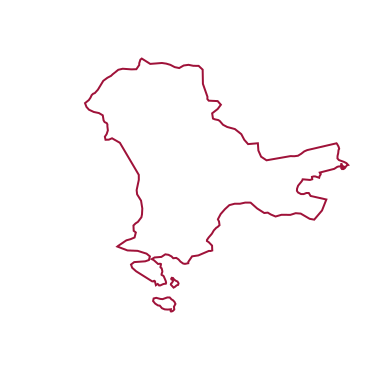 an SVG outline of Balikesir, rotated 203°
{"feature_id": "TUR-2238", "entity_name": "Balikesir", "entity_type": "Province", "adm_level": 1, "iso_a3": "TUR", "parent_name": "Turkey", "parent_adm1": "", "projection": "mercator", "projection_center": [27.651, 39.857], "detail": "fine", "context": "isolated", "style": "outline", "palette": "rose", "viewbox_px": 384, "rotation_deg": 203, "n_neighbors": 0, "source": "natural_earth", "source_scale": "10m", "svg_char_len": 3491}
<svg xmlns="http://www.w3.org/2000/svg" viewBox="0 0 384 384"><g transform="rotate(203 192 192)"><path d="M167.6,125.0L170.4,123.1L172.2,122.7L175.4,123.4L178.1,124.7L180.7,125.2L183.4,123.7L185.7,124.7L189.1,125.0L192.2,124.2L194.8,120.3L200.9,117.1L202.8,114.5L200.7,114.4L195.1,112.5L193.4,113.5L192.4,113.5L192.0,112.0L191.7,110.5L191.1,110.1L190.3,110.0L189.7,109.4L188.9,108.2L188.4,107.6L188.1,106.8L188.0,104.9L187.7,103.9L186.9,103.7L185.8,103.7L185.0,103.3L181.3,99.7L180.3,98.2L180.3,97.3L181.6,96.7L182.7,95.8L184.6,93.7L185.8,93.1L186.8,93.7L187.7,93.9L188.8,92.1L191.0,94.9L191.1,95.3L192.1,95.5L192.5,95.1L192.8,94.5L193.9,94.2L212.5,97.2L217.5,98.9L219.8,101.4L217.8,104.9L208.0,109.9L205.1,112.5L205.6,116.3L209.7,117.5L219.0,116.6L228.6,113.0L239.4,112.6L238.9,113.6L233.5,121.9L230.1,124.6L227.1,127.7L227.9,132.8L230.5,133.5L232.8,138.3L231.7,141.0L230.1,143.4L228.7,149.0L229.3,151.9L231.3,157.4L235.5,164.1L241.6,168.4L243.7,172.1L245.7,182.4L247.7,187.0L277.6,209.1L286.6,210.2L289.0,207.7L292.0,206.3L293.8,208.8L293.2,211.8L293.5,215.8L295.6,219.5L296.3,221.2L297.5,222.1L299.7,222.2L301.3,223.3L304.1,227.7L308.5,228.3L313.7,227.3L319.0,227.5L322.4,229.1L325.2,232.0L322.9,236.3L322.3,239.2L322.2,242.0L321.4,243.8L320.1,245.1L318.6,249.4L317.1,259.7L314.5,264.1L311.9,267.3L311.0,269.4L307.6,275.7L303.9,278.4L295.7,281.2L291.2,283.3L290.2,288.3L290.9,290.0L291.2,293.7L290.4,295.2L280.5,293.6L270.1,299.0L265.9,300.1L261.6,300.6L256.7,300.2L252.2,301.1L249.1,305.2L244.9,307.7L240.0,308.7L235.2,310.7L230.0,308.8L224.2,295.8L215.0,285.7L214.2,283.6L212.3,282.6L203.9,285.7L199.5,283.6L200.8,278.4L204.2,272.3L201.4,267.8L199.5,267.8L195.9,268.5L194.2,268.2L189.7,266.0L185.0,265.6L177.1,266.7L169.2,264.5L164.3,260.5L159.1,258.0L150.4,262.6L147.1,256.1L142.2,251.5L135.8,250.3L115.4,263.5L111.8,264.9L108.6,266.8L106.4,269.9L104.5,273.3L102.3,275.6L78.0,293.3L77.1,292.8L74.9,291.1L73.4,289.3L73.5,287.8L72.6,284.9L72.1,282.0L71.2,279.7L69.2,278.8L63.8,279.1L61.1,278.9L58.8,277.9L60.0,276.8L60.6,273.8L61.5,272.3L62.9,271.7L64.0,272.4L63.9,273.4L61.8,273.8L61.8,274.7L63.1,274.7L64.1,275.1L65.0,275.9L65.8,276.8L65.1,274.6L65.7,273.4L67.0,272.8L68.1,271.9L70.1,268.9L82.0,259.8L81.0,258.9L80.5,258.8L80.5,257.9L80.7,256.9L80.7,256.0L80.5,254.8L84.6,254.5L86.1,253.9L87.5,252.8L86.3,250.7L88.1,249.2L94.6,247.1L95.1,246.9L95.0,246.3L95.2,244.8L96.8,239.3L96.6,236.1L95.9,234.1L94.2,233.0L90.9,232.7L88.3,233.8L86.3,235.8L84.1,236.7L81.3,234.7L65.4,237.6L65.1,225.8L68.7,214.3L73.2,213.3L83.5,214.6L88.3,213.0L92.5,209.4L100.7,206.0L105.5,202.1L110.7,202.1L114.2,202.6L117.3,200.9L125.6,202.3L133.9,205.1L138.8,203.1L143.3,199.9L148.1,197.9L152.5,194.5L155.0,189.0L157.0,182.9L157.5,177.0L155.6,175.4L153.7,172.2L154.8,169.7L155.6,168.7L156.9,165.2L157.4,161.3L158.9,156.6L159.5,153.7L159.1,152.7L157.1,152.4L152.6,150.5L150.5,146.1L151.8,145.0L153.5,144.3L161.4,136.1L166.8,132.8L168.1,126.3L167.6,125.0ZM177.2,74.8L179.0,74.3L182.3,74.9L185.2,76.4L185.7,79.0L183.6,80.6L179.4,81.2L177.2,81.9L173.5,85.3L171.3,86.2L168.8,85.1L167.5,85.0L165.3,84.1L163.5,82.5L163.8,79.3L163.1,78.2L162.4,76.9L163.0,75.3L163.8,74.3L164.6,73.8L165.3,74.2L165.6,75.8L168.4,74.3L171.3,73.3L174.3,73.3L177.2,74.8ZM175.8,103.6L176.7,103.5L177.2,103.9L177.1,105.1L175.9,105.4L174.3,104.5L172.4,104.0L170.3,103.9L168.7,102.7L168.5,101.1L169.7,100.0L170.6,98.1L171.6,96.8L175.3,98.5L175.5,99.5L174.9,100.8L174.7,102.5L175.8,103.6Z" fill="none" stroke="#9f1239" stroke-width="2"/></g></svg>